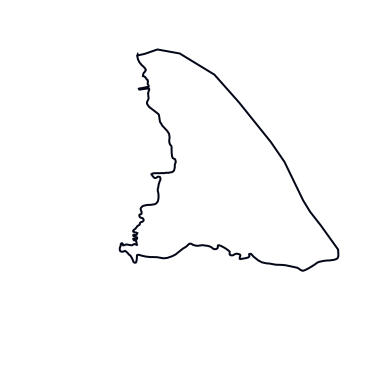 Cap Estate/Upper Saline Point, Saint Lucia (Mercator projection), rotated 232°
{"feature_id": "8701671B39792436227120", "entity_name": "Cap Estate/Upper Saline Point", "entity_type": "district", "adm_level": 2, "iso_a3": "LCA", "parent_name": "Saint Lucia", "parent_adm1": "", "projection": "mercator", "projection_center": [-60.944, 14.108], "detail": "fine", "context": "isolated", "style": "outline", "palette": "ink", "viewbox_px": 384, "rotation_deg": 232, "n_neighbors": 0, "source": "geoboundaries", "source_scale": "gbopen_adm2", "svg_char_len": 6045}
<svg xmlns="http://www.w3.org/2000/svg" viewBox="0 0 384 384"><g transform="rotate(232 192 192)"><path d="M333.8,233.9L333.2,232.7L332.3,232.3L331.6,232.0L331.2,231.7L330.3,231.4L329.9,231.1L329.2,231.0L328.5,230.9L327.6,230.6L327.0,230.5L326.5,230.4L326.0,230.5L325.5,230.4L324.9,230.5L324.0,230.5L323.5,230.5L322.9,230.5L322.3,230.7L321.8,230.8L321.2,230.8L320.7,230.9L320.2,231.0L319.7,231.0L319.1,231.1L318.6,231.2L317.9,231.1L317.4,230.9L317.0,230.7L316.5,230.7L316.3,230.2L316.1,229.6L315.8,228.9L315.7,228.3L315.6,227.5L315.2,226.6L314.9,226.1L314.2,225.4L313.5,224.7L312.7,225.3L312.2,225.6L311.4,225.8L310.6,225.8L310.1,225.8L309.2,225.7L308.6,225.7L307.9,226.0L307.1,225.6L306.4,225.5L305.9,225.1L305.5,224.6L304.9,224.0L304.2,223.5L303.7,223.5L303.1,223.4L302.6,223.3L301.8,222.8L302.1,221.8L302.5,221.0L302.8,220.3L303.0,219.9L303.4,219.1L303.7,218.5L304.1,217.7L304.3,217.2L304.6,216.7L305.1,215.9L305.3,215.4L305.7,214.7L306.0,214.3L306.1,213.7L305.5,213.5L305.0,213.7L304.6,214.2L304.4,214.7L301.3,220.1L300.8,220.7L300.6,221.2L300.0,221.7L299.6,221.7L299.1,221.4L298.8,221.1L298.2,220.0L298.0,219.6L297.6,219.2L297.1,218.7L296.8,218.1L296.4,217.9L295.9,217.6L295.3,217.2L294.5,216.6L293.8,216.3L293.2,215.9L292.4,215.4L291.9,214.6L291.6,214.0L291.2,213.2L291.0,212.7L290.6,212.2L290.4,211.7L290.0,211.4L289.3,211.0L288.7,210.8L288.3,210.7L286.9,210.7L286.2,210.6L285.8,210.6L285.2,210.6L284.7,210.9L284.0,210.9L282.8,211.3L274.5,213.4L273.5,213.5L272.6,213.1L272.1,212.8L271.1,212.3L270.5,212.0L269.5,211.3L268.8,211.0L267.9,210.5L267.4,210.2L266.6,209.9L266.1,209.9L265.2,209.8L264.7,209.8L264.1,209.7L263.5,209.5L262.4,209.5L261.9,209.5L261.0,209.6L254.8,210.1L254.2,209.9L253.6,209.9L252.8,209.8L252.1,209.8L251.3,209.4L250.9,209.1L250.0,208.7L249.6,208.4L248.9,208.0L248.5,207.6L248.1,207.3L247.7,206.8L247.3,206.4L246.8,206.0L246.4,205.7L246.0,205.2L245.6,205.0L244.7,204.6L244.2,204.3L243.3,204.1L242.6,203.9L241.9,204.0L241.4,204.1L240.6,203.9L240.3,203.7L239.5,203.2L239.1,202.9L238.7,202.6L238.2,202.2L237.8,201.9L237.4,201.6L237.0,201.4L236.6,201.0L236.2,200.7L235.5,200.2L234.6,199.5L234.1,199.4L233.7,199.1L232.9,198.5L232.0,198.1L231.5,198.0L230.9,197.8L230.4,197.8L229.9,198.0L229.3,198.3L228.6,198.6L228.2,198.8L227.6,198.6L226.9,198.4L226.5,198.1L225.7,197.7L225.3,197.3L225.0,196.7L224.7,196.1L224.3,195.4L223.8,195.1L223.5,194.8L223.0,194.4L222.7,194.1L222.2,193.8L221.9,193.5L221.5,193.0L221.1,192.5L220.6,191.9L220.3,191.5L220.0,191.1L219.9,190.3L219.8,189.3L220.0,188.7L220.1,188.1L220.5,187.5L220.8,186.9L221.1,186.4L221.4,185.8L221.6,185.2L222.0,184.8L222.4,184.3L222.7,183.9L223.2,183.3L223.6,182.6L224.0,181.6L224.7,180.9L226.8,178.0L228.1,176.4L229.2,174.9L230.3,173.4L230.9,172.1L231.0,171.0L230.4,170.9L229.5,170.8L228.6,170.8L227.5,170.9L226.4,171.0L225.9,171.4L225.3,172.1L225.2,173.0L225.1,173.9L225.0,174.7L224.7,175.1L224.2,175.5L223.5,175.9L222.9,175.8L221.8,175.3L221.4,174.9L220.9,174.3L220.7,173.8L220.2,173.0L219.9,172.4L219.2,171.6L218.7,170.7L218.2,170.1L217.6,169.5L217.1,169.0L216.6,168.4L216.0,167.8L215.7,167.2L215.3,166.8L214.9,166.4L214.3,166.0L213.8,165.6L213.4,165.4L212.9,165.3L212.5,165.1L212.0,164.8L211.3,164.4L210.9,164.2L210.5,163.9L210.1,163.7L209.3,163.0L208.5,162.5L207.7,161.7L206.7,160.6L206.2,160.0L205.7,159.4L205.5,158.7L205.2,157.9L205.1,157.1L205.2,155.6L205.5,154.8L206.1,153.6L206.6,152.9L206.9,152.2L207.3,151.5L207.8,150.9L208.2,150.3L208.7,149.7L209.2,148.9L209.7,148.2L210.0,147.4L210.3,146.8L210.6,146.2L211.0,145.2L211.2,144.4L211.2,143.7L211.0,142.4L210.6,141.5L210.2,141.0L209.5,140.7L208.5,140.3L207.5,140.1L207.0,139.8L206.0,138.9L205.9,138.4L206.0,137.8L206.4,137.2L206.4,136.6L205.7,135.8L204.9,135.6L204.2,135.5L203.5,135.7L203.0,136.1L202.0,136.8L201.1,137.1L200.1,136.9L199.3,136.2L199.1,134.5L199.7,133.2L199.7,132.3L199.4,131.6L198.7,130.9L198.4,130.3L198.6,129.3L198.8,128.3L198.5,127.1L198.1,125.6L197.9,124.7L198.0,123.2L197.7,121.8L197.1,121.3L195.4,122.1L194.3,123.1L193.2,123.6L192.9,122.9L192.4,121.8L192.8,121.0L193.6,120.4L194.3,119.6L194.1,119.1L193.4,118.7L192.6,118.9L190.9,120.1L190.2,120.7L189.5,120.5L189.0,119.9L189.0,119.2L189.5,118.5L190.7,117.6L191.1,116.8L190.5,116.5L189.7,116.6L188.6,117.4L188.1,117.7L187.5,117.8L186.9,117.5L185.9,116.8L184.3,116.2L184.4,115.7L185.3,115.4L186.4,114.6L186.8,113.6L186.8,112.4L187.0,111.8L188.9,110.0L190.5,108.6L191.4,107.5L191.7,106.0L192.4,104.9L193.1,104.9L193.8,105.5L194.6,105.4L195.0,104.7L194.8,103.8L193.6,102.8L192.4,100.7L190.8,99.4L189.6,99.1L188.2,99.8L187.6,100.8L187.1,101.9L186.8,103.0L184.8,103.6L183.0,103.8L181.8,103.7L180.6,104.1L179.1,104.3L176.1,103.8L174.1,103.2L173.0,102.9L172.1,103.0L171.3,103.6L171.0,104.3L171.6,105.5L172.8,106.9L176.0,109.7L175.9,110.5L175.3,111.4L173.0,113.0L169.6,115.8L166.4,119.1L162.4,124.1L157.4,128.6L155.4,131.7L153.7,136.5L152.9,140.4L152.9,142.8L153.0,149.8L152.5,153.9L152.7,156.0L152.9,157.4L152.6,158.5L151.4,159.7L149.7,160.2L147.5,161.9L146.2,163.2L143.6,167.6L141.4,169.7L139.9,171.2L138.3,172.4L136.7,173.2L135.1,173.6L134.4,173.7L133.1,174.5L132.1,176.0L132.0,177.5L132.6,178.4L133.4,178.9L133.9,179.7L133.6,180.3L131.8,181.6L127.7,183.4L123.9,184.6L121.9,185.0L120.7,184.1L119.8,183.3L118.6,183.4L117.4,184.5L116.8,185.7L116.6,187.8L115.9,189.2L114.5,190.5L113.1,191.3L112.1,191.0L111.2,189.5L110.0,188.5L109.5,188.7L108.3,190.8L106.6,194.0L105.8,196.1L105.8,197.2L106.4,198.1L107.3,198.3L107.8,198.7L107.4,199.9L107.1,200.2L106.6,200.5L103.2,200.7L97.3,202.1L93.5,203.8L89.9,206.8L87.7,209.2L86.1,210.6L83.4,213.0L81.7,214.9L79.8,217.3L76.7,220.6L70.2,226.1L67.7,228.1L66.7,228.7L64.7,229.3L63.0,229.9L61.7,230.8L61.0,232.5L60.3,235.6L59.7,239.9L59.3,244.1L59.2,247.1L58.8,248.8L57.7,251.3L56.2,254.1L54.9,256.2L53.3,258.4L52.2,260.3L51.1,262.2L50.5,263.9L50.2,265.5L50.6,266.8L51.7,268.1L53.0,269.1L56.7,271.7L86.2,272.9L103.8,272.9L116.9,274.4L130.8,277.4L158.7,283.4L182.8,284.9L234.1,284.2L270.7,281.9L308.7,267.6L325.6,252.5L330.0,239.7L332.9,233.6L333.8,233.9Z" fill="none" stroke="#020617" stroke-width="2"/></g></svg>